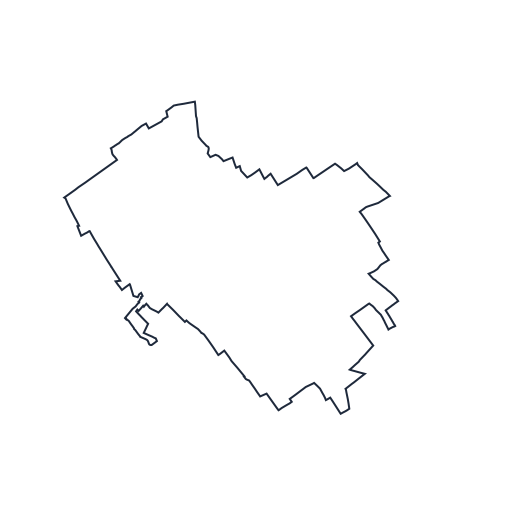 the district of Buctzotz, Yucatán, Mexico, rotated 229°
{"feature_id": "50627088B3254023966858", "entity_name": "Buctzotz", "entity_type": "district", "adm_level": 2, "iso_a3": "MEX", "parent_name": "Mexico", "parent_adm1": "Yucatán", "projection": "robinson", "projection_center": [-88.667, 21.212], "detail": "fine", "context": "isolated", "style": "outline", "palette": "slate", "viewbox_px": 512, "rotation_deg": 229, "n_neighbors": 0, "source": "geoboundaries", "source_scale": "gbopen_adm2", "svg_char_len": 6028}
<svg xmlns="http://www.w3.org/2000/svg" viewBox="0 0 512 512"><g transform="rotate(229 256 256)"><path d="M425.9,149.6L425.2,149.8L424.3,150.0L418.9,148.2L414.4,147.0L410.9,146.1L408.2,145.5L404.2,144.5L403.1,144.3L401.1,143.9L399.0,143.4L394.9,142.3L395.5,141.3L395.7,140.8L386.0,137.3L385.5,139.7L385.1,141.7L384.6,143.5L384.3,145.3L384.2,146.3L384.1,146.6L383.9,146.8L381.1,146.2L375.2,145.0L369.2,144.0L366.1,143.4L364.6,143.2L364.0,143.1L351.4,141.0L350.1,140.8L344.5,140.0L344.2,139.9L343.0,139.8L342.8,139.6L342.4,139.7L340.7,139.4L326.4,137.3L329.0,133.4L326.2,133.1L323.9,132.9L322.2,132.9L318.3,132.5L318.1,136.6L317.6,142.2L317.0,142.1L316.1,141.7L306.3,137.3L302.5,139.7L303.7,142.7L303.5,145.1L300.2,144.2L300.4,142.2L299.5,142.1L299.4,141.7L299.4,140.8L299.3,140.0L298.6,138.7L298.6,137.3L298.2,137.2L297.6,137.3L297.5,136.9L297.6,135.5L297.2,133.3L296.9,132.1L297.0,130.7L297.1,128.3L295.1,116.4L293.3,116.4L293.0,116.5L293.2,116.9L292.7,116.8L291.6,117.2L289.9,117.4L289.0,117.2L286.0,116.9L284.3,116.8L281.5,116.5L280.8,116.1L279.3,116.3L277.0,116.1L274.7,115.9L272.0,115.8L271.3,115.8L271.0,115.6L266.8,117.6L265.7,118.1L265.2,118.3L264.3,118.6L263.8,118.7L263.1,118.7L262.0,118.4L261.4,118.2L261.0,118.0L259.9,117.6L259.3,117.5L258.5,117.7L257.9,118.1L257.3,118.8L256.9,123.8L256.8,125.4L259.2,126.2L259.6,126.3L261.2,125.5L263.1,124.8L265.2,123.8L266.4,123.2L271.6,120.8L273.7,125.7L274.7,127.9L275.6,130.1L278.9,129.9L281.7,129.7L282.3,129.7L285.2,129.5L286.5,129.5L289.5,129.3L292.6,129.2L292.9,129.2L293.4,131.3L291.6,131.4L292.0,135.0L292.5,138.2L291.3,138.1L291.7,140.1L291.9,141.9L290.1,141.9L289.9,142.0L287.1,141.8L286.3,141.8L283.9,142.6L281.6,143.6L279.2,144.6L277.3,145.2L277.7,150.3L277.7,151.5L277.9,153.6L278.3,157.5L277.9,157.4L270.5,158.0L269.0,158.1L260.8,158.5L259.8,158.6L252.9,159.1L253.0,161.2L249.6,161.6L248.2,161.9L241.9,163.5L238.9,164.3L235.9,164.4L234.9,164.4L233.6,164.3L233.2,164.7L230.8,165.3L223.5,164.7L219.6,164.3L215.0,163.8L206.0,162.6L205.7,164.8L205.4,170.0L201.7,169.7L197.0,169.3L193.3,168.7L192.5,168.6L188.1,168.6L183.9,168.6L172.8,168.3L172.9,167.8L171.0,167.7L169.9,167.6L168.7,168.0L166.6,169.1L166.2,169.1L163.9,168.9L161.7,168.6L156.7,168.1L152.9,167.6L148.0,167.1L147.3,167.0L145.2,173.7L127.5,172.0L124.8,171.8L124.7,172.2L124.4,175.8L123.5,180.7L123.1,182.8L122.7,184.6L122.5,187.3L126.0,187.7L125.6,192.1L125.3,195.9L124.9,201.8L124.7,204.4L124.5,207.6L122.3,215.5L122.1,216.6L117.9,217.0L113.9,217.3L108.9,216.2L106.7,215.8L103.6,215.0L101.4,214.2L100.9,216.4L100.4,219.1L95.8,218.5L90.3,217.7L81.4,216.4L80.7,219.5L80.3,221.1L79.9,223.0L79.5,226.2L84.0,229.1L87.6,231.3L93.8,234.8L96.3,236.3L97.0,236.4L96.6,244.5L96.4,246.6L96.3,248.6L96.1,253.2L95.7,260.8L99.8,258.0L107.8,252.7L108.7,252.2L108.7,256.3L108.8,259.2L108.8,259.8L108.8,264.0L109.0,264.9L109.4,266.2L110.1,274.4L110.2,274.8L110.9,280.5L111.5,285.7L126.0,286.7L130.6,287.0L139.8,287.6L142.3,287.8L144.6,287.9L148.2,288.2L147.7,293.5L147.1,298.5L146.6,303.6L146.0,309.8L145.7,310.4L144.5,310.5L141.6,311.2L139.6,311.3L138.8,311.3L138.4,311.3L136.7,311.1L134.1,311.3L132.2,311.5L131.6,311.5L130.6,311.6L130.0,311.7L129.3,311.6L128.7,311.5L128.0,311.3L127.3,311.2L126.9,311.2L125.8,310.9L125.3,310.8L125.0,310.7L124.4,310.5L123.3,310.3L122.8,310.2L121.9,309.9L121.3,309.7L118.5,309.0L118.1,308.9L117.6,308.8L117.4,308.7L117.0,308.6L116.2,308.4L115.0,308.1L114.5,308.0L113.6,307.7L113.5,308.7L113.3,309.9L113.1,310.6L112.8,312.0L112.6,312.6L112.5,313.1L112.3,313.5L112.0,314.2L111.8,315.1L112.1,315.2L113.0,315.4L114.4,315.5L114.9,315.6L115.6,315.8L116.4,316.0L116.9,316.0L117.4,316.1L117.9,316.2L118.3,316.3L119.4,316.5L119.9,316.6L122.2,317.0L123.1,317.2L124.7,317.4L125.7,317.6L126.3,317.7L126.9,317.7L127.8,317.9L128.8,318.0L129.9,318.2L129.9,318.7L129.8,319.7L129.7,321.6L129.4,325.7L129.4,326.4L129.2,327.8L129.1,330.0L129.0,330.8L128.7,333.7L131.3,334.0L132.8,334.1L135.7,334.0L136.8,333.9L137.7,333.8L139.0,333.7L140.7,333.5L144.1,332.8L145.9,332.7L149.2,332.0L153.7,331.2L157.7,330.4L159.3,330.3L161.7,329.5L164.9,329.4L168.7,329.4L168.0,331.5L167.0,335.0L166.5,338.9L166.6,339.7L167.4,343.8L167.3,345.6L165.9,353.6L171.4,354.2L174.3,354.6L176.4,354.8L177.2,354.9L180.1,355.6L183.7,356.4L185.8,357.1L185.7,359.0L194.5,360.4L203.1,361.5L208.1,362.1L212.5,362.6L218.4,363.2L221.3,363.3L220.7,371.0L220.2,372.5L215.9,382.9L213.7,395.8L213.5,396.4L219.3,396.1L222.4,395.5L227.0,395.1L231.0,394.7L237.1,393.9L240.4,393.4L241.3,393.3L243.3,393.4L250.3,393.1L252.3,393.0L256.0,392.7L257.8,392.6L259.8,393.3L259.9,391.6L261.0,383.4L262.3,378.2L266.2,377.8L271.5,376.8L273.8,376.2L275.0,366.7L275.5,362.4L276.4,355.1L276.9,350.7L277.1,350.4L289.3,352.1L289.8,352.0L290.6,347.4L291.3,340.6L295.2,319.0L308.5,321.0L308.6,317.8L308.5,316.1L308.6,314.9L308.7,312.9L311.8,313.6L319.2,315.4L319.6,310.1L320.1,305.5L321.0,300.9L330.0,300.6L334.5,302.7L335.6,298.9L339.5,300.3L342.8,301.7L345.7,302.9L346.7,300.1L348.9,293.7L351.4,293.8L356.1,293.3L358.9,291.9L360.6,286.4L365.1,286.8L366.8,289.3L367.6,290.3L368.2,290.9L368.7,291.2L369.5,291.5L369.8,291.5L371.6,290.9L372.1,290.8L372.4,290.9L378.7,290.6L383.6,290.9L384.1,291.2L392.0,296.7L395.6,299.3L399.0,301.7L400.3,302.2L401.1,302.6L402.0,303.3L404.0,304.8L409.8,309.2L412.6,311.1L418.2,301.5L419.7,299.1L421.4,296.4L421.5,296.2L423.4,292.8L423.5,292.5L423.6,289.6L424.0,284.9L424.2,283.3L419.1,280.7L420.2,275.4L419.5,273.1L422.6,258.8L428.1,259.9L429.2,255.0L429.5,241.6L430.0,239.3L430.3,237.8L430.2,237.4L430.3,236.8L430.6,235.6L430.8,234.7L431.0,233.3L431.1,232.6L431.2,231.8L431.3,231.2L431.2,229.2L431.1,227.9L431.1,226.8L431.0,226.4L431.2,225.9L431.3,225.2L431.5,224.2L431.6,223.0L431.8,222.0L431.9,220.7L432.2,218.8L432.4,217.5L432.5,217.1L431.6,216.9L430.6,216.5L429.7,215.9L429.4,215.7L428.7,215.3L428.1,215.0L427.8,214.8L426.7,214.4L424.7,214.3L423.7,214.4L423.3,214.4L421.3,214.3L421.1,214.3L420.5,214.2L419.7,214.1L422.8,181.9L423.4,175.4L424.4,167.1L424.6,162.9L425.9,149.6Z" fill="none" stroke="#1e293b" stroke-width="2"/></g></svg>